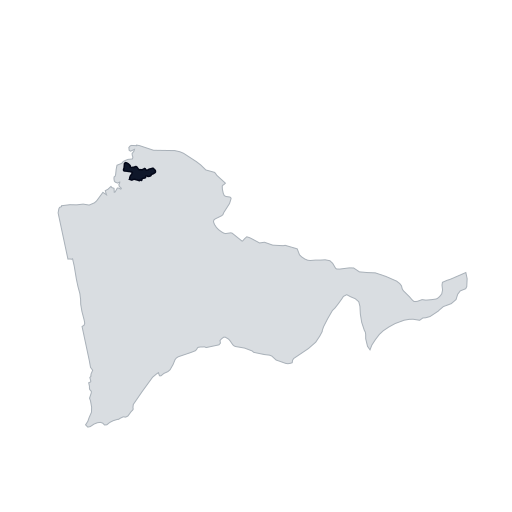 Meme, Sud-Ouest, Cameroon shown in context, rotated 78°
{"feature_id": "32672807B73139620026087", "entity_name": "Meme", "entity_type": "district", "adm_level": 2, "iso_a3": "CMR", "parent_name": "Cameroon", "parent_adm1": "Sud-Ouest", "projection": "mercator", "projection_center": [9.319, 4.685], "detail": "fine", "context": "in_parent", "style": "filled", "palette": "ink", "viewbox_px": 512, "rotation_deg": 78, "n_neighbors": 0, "source": "geoboundaries", "source_scale": "gbopen_adm2", "svg_char_len": 5141}
<svg xmlns="http://www.w3.org/2000/svg" viewBox="0 0 512 512"><g transform="rotate(78 256 256)"><path d="M122.7,349.7L123.8,347.0L131.3,334.2L136.0,313.6L138.2,308.8L140.4,305.6L151.4,294.6L155.5,291.1L161.4,287.2L165.6,279.1L167.1,278.3L168.9,277.6L178.4,270.8L179.2,272.1L179.9,273.7L180.6,274.5L183.6,275.0L187.8,275.0L190.3,274.5L191.5,273.1L192.9,269.3L193.6,268.6L194.6,268.4L199.2,271.0L206.8,278.5L208.7,279.8L209.5,281.3L211.2,288.1L212.1,289.8L213.8,290.5L216.7,290.0L219.8,288.8L222.5,287.1L225.1,284.8L226.9,282.8L227.7,281.3L228.1,275.8L228.7,274.6L238.6,266.5L238.4,265.8L236.7,263.5L235.3,261.0L236.8,258.4L238.3,256.5L244.0,249.8L244.3,244.9L248.9,237.3L251.6,227.2L251.6,225.3L257.6,214.2L263.9,213.2L266.3,211.6L269.1,208.9L270.9,206.3L271.7,203.9L272.3,199.2L273.4,193.8L274.1,189.1L276.0,184.7L279.2,182.5L284.6,180.7L285.5,179.8L286.2,176.9L287.0,167.3L288.0,163.0L293.0,158.2L295.3,150.7L297.3,142.8L303.0,133.2L309.8,123.7L312.9,121.1L315.5,119.9L318.6,119.8L320.6,119.1L327.9,114.3L330.9,112.7L333.2,111.1L333.7,109.6L333.9,107.5L333.2,102.6L334.5,99.0L335.2,93.4L335.5,89.0L335.3,87.5L333.9,84.9L331.7,82.2L328.1,80.6L323.1,80.1L320.5,79.1L319.5,74.1L319.2,70.9L315.8,54.2L322.1,54.2L329.7,56.2L331.6,57.7L332.6,63.5L335.4,66.7L340.2,69.4L343.2,74.9L344.4,83.2L347.1,88.2L347.7,89.0L351.4,98.4L351.7,102.8L351.3,105.7L352.9,109.3L350.5,115.5L349.8,119.3L349.6,124.6L351.0,134.0L353.2,141.2L355.6,147.1L358.3,151.6L362.6,156.6L367.2,161.2L371.5,164.0L367.5,165.7L359.8,165.9L355.4,165.0L353.2,164.9L351.1,165.5L342.8,166.4L334.5,166.0L326.8,164.8L322.1,165.0L318.4,167.8L315.5,172.0L312.7,175.3L313.7,178.9L315.8,181.0L319.8,185.4L323.4,189.7L325.2,192.6L332.3,199.0L339.2,204.6L342.5,206.6L343.7,207.0L347.5,210.2L352.7,215.5L357.4,223.9L364.1,240.5L365.6,241.9L367.9,242.8L368.1,244.6L368.0,247.2L367.2,249.3L361.9,258.0L357.2,261.3L355.8,263.4L354.1,268.4L349.8,278.2L348.0,279.6L343.7,286.3L340.3,294.8L339.5,296.0L338.1,297.1L333.1,299.2L331.5,300.2L329.0,302.9L328.7,304.5L329.8,306.9L331.2,308.8L333.8,308.9L335.2,310.7L335.2,323.7L334.0,325.6L334.0,326.5L333.5,328.8L333.3,331.3L333.6,332.3L334.6,333.1L336.0,334.8L336.7,338.8L338.4,352.9L339.2,355.1L340.5,356.7L344.9,359.7L349.4,363.7L350.8,366.3L351.7,370.5L353.4,373.8L353.3,375.0L352.6,375.4L349.8,375.7L350.8,378.1L353.1,382.4L364.7,395.3L375.7,406.9L378.4,407.8L380.3,408.0L381.1,408.7L382.2,410.4L385.9,414.6L386.5,417.0L385.7,419.3L386.6,423.0L387.2,424.3L387.0,425.4L387.4,429.9L388.4,433.7L390.1,437.0L389.8,439.3L387.7,440.6L386.4,442.7L386.1,445.7L386.7,449.3L388.4,453.6L388.4,456.1L385.7,457.8L382.8,454.9L379.5,452.9L374.6,449.4L369.6,448.2L363.2,448.0L360.5,448.4L355.7,445.6L354.2,445.2L352.1,446.4L350.6,446.4L348.8,446.0L345.2,446.0L344.8,444.0L344.2,443.6L340.3,443.8L339.1,442.2L338.5,442.4L337.0,441.8L333.8,439.5L330.5,441.0L323.6,440.8L288.8,440.8L288.0,438.6L286.2,437.5L283.1,437.4L273.9,437.8L266.8,437.5L262.0,436.6L256.1,436.1L248.8,436.5L241.3,436.5L228.0,435.9L220.6,436.0L220.8,437.3L220.3,438.3L219.9,440.6L172.7,440.6L168.8,439.0L167.6,438.0L167.3,436.0L166.4,435.8L167.1,427.5L168.7,420.7L169.3,414.3L171.5,408.6L170.4,403.0L169.0,400.5L161.9,392.5L165.1,389.5L160.8,389.9L159.9,386.9L157.8,383.4L159.1,382.8L160.3,380.8L164.2,381.4L164.1,380.5L160.7,377.5L161.1,376.0L162.5,374.3L161.8,373.6L159.4,375.3L157.6,375.3L156.2,374.1L155.3,373.9L155.9,376.2L154.5,378.3L153.2,379.0L151.0,378.9L149.2,378.4L148.7,377.2L147.0,376.3L142.3,374.8L138.3,373.1L137.5,368.2L135.9,366.1L135.3,363.7L134.9,361.0L135.4,356.8L134.4,356.1L133.3,355.9L131.6,356.1L130.0,355.9L128.1,353.6L126.4,352.7L127.4,356.9L126.3,358.1L123.4,357.8L122.2,356.2L121.9,355.0L123.3,349.8L122.7,349.7Z" fill="#d9dde1" stroke="#a8b0b8" stroke-width="1"/><path d="M158.1,354.5L157.5,353.6L158.3,352.5L158.0,351.9L156.7,351.3L156.5,350.7L156.6,348.7L156.4,347.8L155.7,347.5L155.0,347.1L154.8,346.5L154.9,345.9L155.3,345.6L155.5,345.5L155.8,345.1L155.9,343.8L155.7,342.4L155.2,341.8L154.7,341.5L154.4,340.9L154.2,339.3L153.4,337.3L152.8,336.8L151.9,336.7L151.2,336.7L150.8,337.1L150.3,337.5L149.5,337.8L148.8,338.3L148.6,339.2L148.8,340.2L148.8,341.2L148.8,342.0L148.9,342.8L149.2,343.3L149.3,344.0L149.4,344.4L149.4,345.2L148.9,345.7L148.1,346.1L147.6,346.2L147.2,346.8L147.5,347.5L147.6,347.8L147.6,348.2L148.0,349.2L147.9,349.9L147.8,350.2L147.5,351.1L147.3,352.4L146.1,353.2L144.2,354.0L143.5,354.8L143.5,355.3L143.5,355.8L143.8,356.5L144.1,356.6L144.3,356.9L143.9,357.4L143.6,357.6L143.6,358.4L143.6,359.5L143.4,359.9L143.0,360.3L142.6,360.4L141.9,360.2L140.7,360.7L140.4,361.0L139.3,361.7L138.3,362.8L138.0,363.2L137.5,364.4L138.3,365.5L140.1,366.0L141.7,366.5L142.6,366.8L143.5,367.4L143.6,367.5L144.4,367.7L144.8,367.7L145.4,367.3L146.4,364.0L146.7,363.6L147.0,362.4L147.4,361.4L147.9,360.5L148.1,360.0L148.8,359.6L149.2,359.9L149.7,360.3L150.2,360.6L150.8,361.5L151.1,361.8L151.6,362.3L152.3,362.7L152.8,363.1L154.1,363.4L154.6,363.9L154.8,363.6L155.0,363.3L155.3,362.8L155.4,362.6L156.0,361.6L155.5,360.5L155.7,359.9L155.7,358.7L156.3,357.8L156.7,357.0L156.8,356.7L157.4,355.6L158.1,354.5Z" fill="#0f172a" stroke="#020617" stroke-width="1.5"/></g></svg>